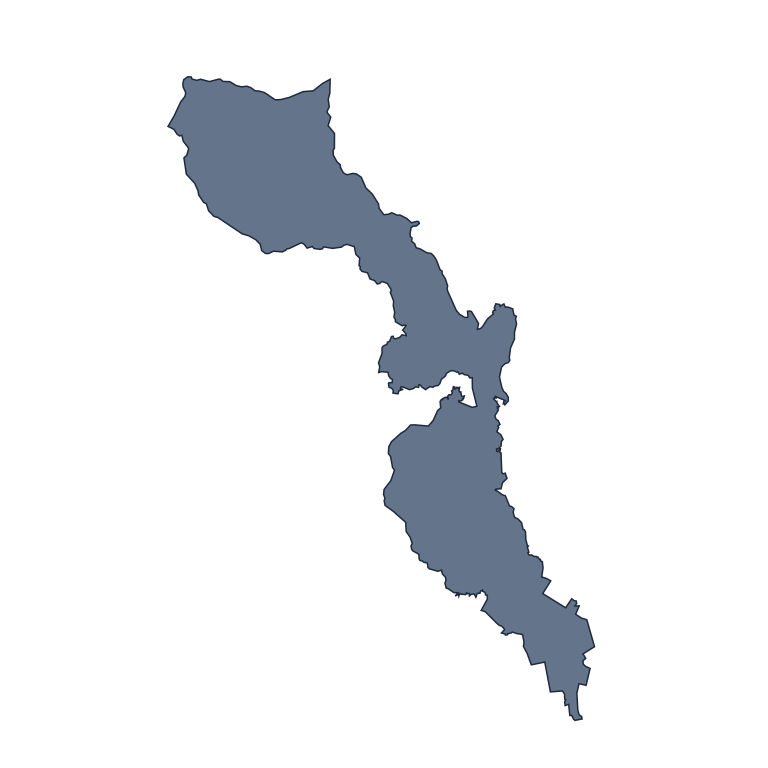 Gura Raului, Sibiu, Romania (Mercator projection), rotated 103°
{"feature_id": "2599482B41603042595188", "entity_name": "Gura Raului", "entity_type": "district", "adm_level": 2, "iso_a3": "ROU", "parent_name": "Romania", "parent_adm1": "Sibiu", "projection": "mercator", "projection_center": [23.906, 45.675], "detail": "fine", "context": "isolated", "style": "filled", "palette": "slate", "viewbox_px": 768, "rotation_deg": 103, "n_neighbors": 0, "source": "geoboundaries", "source_scale": "gbopen_adm2", "svg_char_len": 6169}
<svg xmlns="http://www.w3.org/2000/svg" viewBox="0 0 768 768"><g transform="rotate(103 384 384)"><path d="M99.2,505.0L105.0,511.5L114.2,518.8L117.3,528.5L126.3,541.1L130.0,548.4L131.6,553.8L126.9,566.1L126.7,571.9L127.3,575.5L125.2,580.5L124.7,584.5L126.5,589.7L126.5,595.0L124.1,602.2L125.4,608.9L123.9,611.9L124.0,613.4L128.6,622.1L128.3,631.3L130.2,634.6L130.1,639.6L128.2,640.8L128.8,644.3L132.5,647.6L136.7,647.5L139.7,646.6L144.8,642.7L148.5,642.6L154.7,645.5L170.1,648.8L181.6,652.4L183.1,646.0L187.1,641.9L188.3,639.0L187.2,636.9L192.7,634.1L198.3,627.3L205.3,627.6L208.7,629.8L224.0,623.8L231.0,613.6L237.6,608.7L241.6,607.0L247.7,600.5L248.2,597.7L254.6,593.9L258.9,587.5L259.2,583.2L269.6,556.0L270.0,549.1L272.2,541.5L275.8,536.0L281.5,533.2L283.5,528.9L282.8,525.7L279.4,521.4L278.2,513.0L276.1,510.1L274.0,508.9L273.5,507.1L264.9,496.2L265.9,493.1L268.9,489.5L266.2,484.7L267.7,482.6L267.2,476.6L266.0,474.3L264.0,473.8L263.4,464.6L260.2,456.2L257.9,454.4L256.2,451.2L256.9,443.8L264.0,440.6L266.8,436.0L274.4,434.9L275.0,433.4L277.3,433.3L279.2,430.9L279.4,425.0L284.8,421.3L285.4,416.4L288.1,413.1L287.1,411.0L284.6,409.0L285.2,403.4L290.9,397.9L293.2,398.5L301.2,393.2L305.6,392.6L311.7,389.7L316.5,389.4L318.8,387.3L320.7,387.0L323.2,379.3L321.8,377.1L322.2,375.6L327.3,377.9L330.2,373.9L331.9,373.2L332.0,377.5L334.9,379.1L337.5,383.1L337.4,384.5L335.4,385.8L336.1,387.4L341.0,388.1L342.5,390.0L344.8,390.2L347.0,393.1L348.9,394.1L354.7,392.8L364.6,394.1L368.3,392.0L374.0,391.8L372.6,389.3L371.6,382.8L374.9,381.3L377.3,378.8L377.6,376.8L380.9,376.4L381.5,379.4L382.5,379.8L386.1,378.3L386.4,375.7L388.2,373.5L390.9,373.2L390.4,368.1L387.5,368.0L384.8,364.1L385.1,366.9L383.1,366.9L382.6,364.8L383.8,358.0L382.0,354.6L379.6,352.5L379.5,349.5L376.8,349.8L377.0,348.0L378.4,346.7L380.1,342.2L376.3,338.8L376.2,335.5L374.6,334.2L373.3,331.0L371.1,329.7L366.5,329.1L362.2,325.8L359.7,325.6L356.2,322.2L355.4,318.5L356.1,315.9L355.8,314.4L357.5,312.9L355.9,310.2L356.8,307.8L356.6,304.1L358.8,301.7L358.0,299.4L368.0,297.0L384.8,288.5L386.9,292.8L384.6,307.4L383.3,307.2L383.1,305.0L381.5,303.6L380.7,304.2L380.2,303.2L377.6,303.1L378.6,305.0L378.2,305.8L374.4,307.4L374.9,308.1L373.7,309.4L370.2,309.6L370.8,310.5L372.0,310.3L370.7,312.1L372.8,313.4L372.3,314.5L371.1,314.3L371.0,315.8L374.2,315.6L375.6,316.6L377.2,315.4L379.5,316.2L379.9,318.4L381.8,319.3L383.7,317.9L384.2,318.3L382.9,319.6L383.4,321.7L385.1,323.5L386.0,323.3L386.1,324.6L388.4,325.4L394.6,323.4L397.9,325.8L408.5,327.9L415.0,331.3L416.9,344.9L418.0,348.9L424.5,352.7L428.0,356.3L438.6,363.8L444.1,365.2L450.8,364.1L453.3,361.2L463.4,356.9L465.6,354.4L476.6,355.6L486.7,360.2L491.7,359.6L495.1,357.4L497.7,357.6L502.0,355.7L506.0,346.3L513.9,331.8L522.9,329.1L527.4,324.1L533.1,320.6L535.6,321.3L538.4,320.1L540.0,318.7L542.1,311.7L546.4,310.5L548.0,309.0L547.6,307.6L548.8,305.0L548.6,301.6L553.0,299.8L553.9,298.0L554.4,289.4L552.4,286.1L556.0,284.3L558.4,280.7L561.2,279.5L564.4,279.8L569.0,277.4L568.9,275.9L571.6,268.9L570.7,265.0L574.6,266.9L572.2,264.2L573.8,263.4L570.7,263.2L571.6,262.8L570.9,257.2L568.2,256.3L569.9,256.4L568.9,253.8L571.2,253.1L569.2,251.6L568.3,248.9L571.1,246.5L567.1,246.1L566.3,243.5L564.0,243.3L562.7,241.8L563.7,241.6L564.3,238.7L566.7,237.5L566.7,235.9L570.3,234.9L582.8,238.4L583.0,234.3L591.4,220.8L593.2,217.5L593.5,214.8L595.3,212.1L596.2,211.3L600.2,213.5L600.4,209.7L601.3,209.3L600.5,207.2L599.6,207.5L597.8,203.8L596.8,203.3L597.3,198.6L596.9,192.7L604.1,189.5L608.3,189.1L614.5,183.8L624.5,177.3L618.8,164.8L646.6,152.6L643.0,141.1L645.4,138.4L650.5,137.0L650.8,135.9L652.9,136.5L656.6,135.2L654.6,132.0L665.2,128.4L664.7,126.5L667.9,124.0L668.8,122.2L665.8,115.6L663.5,116.7L662.4,119.5L658.1,121.8L642.0,126.5L632.2,126.6L632.1,119.3L614.8,119.2L613.8,123.9L612.3,126.7L609.0,127.9L605.9,125.7L602.2,129.4L592.6,119.8L568.0,133.4L567.7,139.0L565.2,145.5L556.3,143.9L557.3,148.0L554.5,146.9L552.2,147.9L552.4,149.7L551.1,152.8L561.2,156.7L552.5,182.2L538.3,177.2L537.0,181.6L536.5,186.9L527.3,187.7L521.4,189.8L521.1,191.7L519.7,192.2L520.0,193.0L518.0,195.1L518.5,195.5L517.7,197.0L518.3,199.1L517.3,201.9L518.1,203.7L517.1,205.2L516.0,205.8L515.3,205.0L510.8,207.6L509.4,206.9L509.3,207.9L503.7,210.8L496.1,212.9L494.5,214.4L494.3,215.8L488.1,218.8L485.5,222.9L484.4,226.9L479.9,229.3L476.2,229.3L474.7,232.1L474.6,234.3L465.6,240.6L465.4,243.6L462.5,250.3L462.5,251.7L461.2,251.3L459.8,246.4L453.7,246.3L448.2,242.9L443.6,245.9L444.7,247.6L443.8,249.3L424.8,254.5L424.3,255.9L420.3,255.9L424.4,258.1L424.1,259.1L422.0,259.7L421.9,258.7L418.3,256.0L413.6,256.6L411.1,255.5L407.0,258.9L405.1,263.4L400.7,262.5L399.4,263.7L397.3,261.9L394.0,264.5L393.2,266.7L390.1,268.9L383.8,266.7L382.4,267.9L381.6,267.1L380.9,268.5L379.8,266.5L377.2,269.6L375.5,270.1L375.8,270.9L373.7,273.9L372.9,273.5L372.2,270.8L371.7,273.0L371.0,272.8L372.7,263.1L373.2,262.0L374.0,263.3L376.5,263.3L376.0,262.3L377.1,261.5L372.5,259.0L368.9,260.0L365.8,262.9L364.3,265.8L360.9,268.4L351.3,273.0L341.1,273.3L337.0,270.7L335.2,267.8L332.7,266.7L330.0,267.9L320.3,268.8L310.9,267.0L304.1,268.5L295.8,268.3L291.0,270.5L288.3,270.2L287.7,272.8L281.8,275.5L281.2,280.5L281.8,283.2L279.0,285.2L282.2,288.4L280.5,289.0L280.7,293.1L285.1,293.7L286.9,292.1L288.0,294.0L290.0,294.2L291.0,293.1L297.3,297.8L306.1,301.0L308.3,302.5L309.7,305.3L303.7,305.5L293.7,315.1L293.6,317.0L294.4,319.0L299.5,317.3L300.3,317.6L301.0,320.2L299.2,325.9L295.9,330.2L279.4,342.7L276.9,344.0L274.2,344.0L267.8,347.8L263.5,352.1L260.9,352.8L260.0,355.1L251.5,360.8L248.1,364.2L246.2,367.3L246.5,371.8L244.2,379.3L244.0,383.3L240.4,385.7L238.8,389.2L235.5,389.5L234.5,391.4L231.8,392.4L225.5,392.8L223.9,391.3L222.7,387.9L219.6,385.7L218.0,386.8L218.0,388.2L220.7,393.6L217.6,399.0L215.8,406.3L216.5,409.1L215.4,415.1L217.5,417.6L219.1,422.3L214.0,428.2L209.6,430.0L201.4,438.4L197.0,445.8L187.7,452.6L185.5,458.1L185.8,461.7L188.5,467.2L187.4,471.1L183.1,474.9L180.1,476.0L178.2,479.7L172.4,484.9L167.6,486.2L165.6,485.3L151.0,488.6L144.8,496.6L135.9,495.9L132.6,500.1L131.1,500.8L126.3,499.7L119.1,502.4L112.9,502.2L99.2,505.0Z" fill="#64748b" stroke="#1e293b" stroke-width="1.5"/></g></svg>